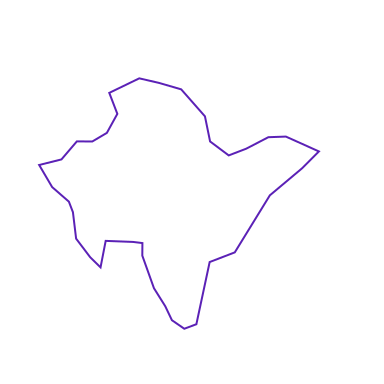 the border of Mališevo, rotated 159°
{"feature_id": "KOS-5911", "entity_name": "Mališevo", "entity_type": "District", "adm_level": 1, "iso_a3": "XKX", "parent_name": "Kosovo", "parent_adm1": "", "projection": "orthographic", "projection_center": [20.745, 42.495], "detail": "fine", "context": "isolated", "style": "outline", "palette": "violet", "viewbox_px": 384, "rotation_deg": 159, "n_neighbors": 0, "source": "natural_earth", "source_scale": "10m", "svg_char_len": 602}
<svg xmlns="http://www.w3.org/2000/svg" viewBox="0 0 384 384"><g transform="rotate(159 192 192)"><path d="M235.3,67.0L248.2,67.1L256.7,79.5L257.9,94.9L262.0,115.8L261.2,150.4L256.6,162.1L264.9,166.5L290.1,177.3L304.4,154.4L310.4,167.5L316.9,190.0L310.4,215.8L310.4,227.1L320.8,246.7L325.0,272.0L302.2,269.2L281.4,280.5L266.9,274.9L250.3,277.7L233.7,291.7L233.7,314.2L200.5,317.0L183.9,305.8L165.3,291.7L152.8,258.0L157.0,232.7L144.6,213.0L125.9,213.0L101.1,215.8L84.5,210.1L59.0,184.4L80.7,174.7L120.5,161.0L173.7,120.3L200.6,120.3L235.3,67.0Z" fill="none" stroke="#5b21b6" stroke-width="2"/></g></svg>